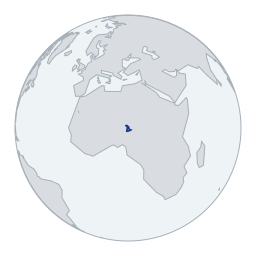 Extrême-Nord highlighted on a globe, orthographic projection, rotated 337°
{"feature_id": "CMR-1462", "entity_name": "Extrême-Nord", "entity_type": "Province", "adm_level": 1, "iso_a3": "CMR", "parent_name": "Cameroon", "parent_adm1": "", "projection": "orthographic", "projection_center": [14.611, 11.501], "detail": "fine", "context": "on_globe", "style": "filled", "palette": "blue", "viewbox_px": 256, "rotation_deg": 337, "n_neighbors": 0, "source": "natural_earth", "source_scale": "10m", "svg_char_len": 9164}
<svg xmlns="http://www.w3.org/2000/svg" viewBox="0 0 256 256"><g transform="rotate(337 128 128)"><circle cx="128" cy="128" r="113" fill="#eef3f6" stroke="#a8b0b8"/><path d="M92.5,21.1L89.5,22.2L89.9,22.1L87.3,23.1L89.9,22.3L92.2,21.5L94.1,20.9L94.6,20.9L91.3,22.0L90.6,22.2L89.9,22.6L88.1,23.2L89.3,22.9L85.3,24.4L89.9,23.0L87.2,24.4L84.4,25.4L83.9,25.1L76.2,28.0L73.2,29.6L69.4,31.8L64.1,35.9L61.1,38.0L57.7,40.9L59.6,39.6L63.1,36.9L65.9,35.7L69.7,32.9L71.5,32.2L75.7,29.8L75.9,30.4L73.8,32.5L70.2,34.7L69.2,35.8L73.2,34.2L67.3,39.1L64.6,44.0L62.9,45.5L58.5,46.9L56.8,45.4L51.1,48.7L55.6,47.0L51.5,51.2L51.2,52.3L51.9,52.5L53.8,51.2L52.5,52.9L47.6,54.8L48.7,53.3L50.2,52.6L49.4,52.0L46.0,54.0L44.2,56.3L41.1,57.8L39.7,59.5L38.3,61.1L40.7,58.0L36.4,63.7L32.4,68.4L26.5,79.2L27.6,76.9L31.5,69.9L35.8,63.2L40.6,56.9L45.9,50.9L51.6,45.3L57.6,40.1L64.0,35.3L70.7,31.0L77.7,27.2L85.0,23.9L92.5,21.1ZM16.7,110.5L16.7,110.9L17.5,107.0L18.2,105.6L17.0,112.0L18.4,106.8L18.1,110.5L20.4,112.6L19.9,113.9L21.6,123.5L25.4,129.0L26.3,134.3L25.7,137.0L27.4,138.6L27.5,140.5L36.3,146.5L42.3,152.9L43.1,159.6L40.0,166.0L41.8,181.0L37.6,183.9L39.6,189.8L41.6,197.2L38.6,195.0L42.6,200.0L43.6,201.9L42.5,201.2L45.1,204.2L44.4,203.5L46.8,206.1L47.5,206.8L42.0,200.7L36.9,194.2L32.3,187.4L28.2,180.2L24.6,172.7L22.4,167.2L20.7,162.4L20.6,161.9L18.3,153.6L16.7,145.1L15.7,136.4L15.4,127.8L15.7,119.1L16.7,110.5ZM24.7,83.1L22.4,90.2L22.1,89.6L22.5,88.9L23.4,86.2L24.0,84.8L24.7,83.1ZM27.4,77.8L27.6,77.0L27.6,77.3L27.4,77.8ZM75.3,29.6L75.5,29.7L74.6,30.1L75.3,29.6ZM77.0,28.6L75.9,29.0L76.5,28.6L77.2,28.3L77.0,28.6ZM78.3,28.2L77.8,27.8L78.9,27.1L82.5,25.7L78.3,28.2ZM92.7,21.2L90.3,22.1L91.9,21.4L92.7,21.2ZM102.9,18.2L103.2,18.1L100.8,18.7L98.2,19.4L100.5,18.9L93.3,20.9L94.5,20.5L102.9,18.2ZM95.0,20.7L98.4,19.5L98.8,19.7L97.6,19.9L95.0,20.7ZM106.0,17.5L103.5,18.1L103.4,18.1L106.0,17.5ZM97.1,20.2L98.9,19.8L97.8,20.3L95.1,20.8L97.1,20.2ZM99.1,19.3L100.7,18.8L99.9,19.1L99.1,19.3ZM94.7,22.4L94.8,22.0L96.5,21.5L94.7,22.4ZM99.7,19.7L100.1,19.5L100.7,19.3L101.7,19.2L99.7,19.7ZM104.8,17.8L106.8,17.4L107.8,17.3L104.5,18.0L106.4,17.7L106.7,17.7L103.6,18.3L104.8,17.8ZM104.7,18.6L100.8,19.8L100.3,20.5L98.8,21.0L99.8,19.7L104.7,18.6ZM104.3,18.3L104.2,18.5L102.3,18.9L101.3,19.0L104.3,18.3ZM109.8,17.0L109.0,17.0L109.7,16.9L109.8,17.0ZM104.9,18.7L105.8,18.4L105.1,18.7L104.9,18.7ZM108.7,17.4L108.3,17.4L109.2,17.2L108.7,17.4ZM108.0,18.0L106.8,18.3L106.0,18.3L108.0,18.0ZM108.6,17.6L109.9,17.4L106.5,18.1L108.3,17.6L108.6,17.6ZM109.6,17.3L110.0,17.1L109.6,17.3L109.6,17.3ZM111.6,17.9L107.5,18.8L105.8,18.7L110.1,17.9L111.6,17.9ZM60.5,218.2L60.3,218.0L61.3,218.7L61.6,219.0L61.1,218.6L60.5,218.2ZM232.6,86.3L232.4,85.7L234.0,90.2L236.1,96.3L239.0,108.6L239.4,111.3L239.0,108.8L237.2,104.1L238.7,112.4L240.1,118.0L240.6,125.7L240.3,123.9L239.6,117.3L238.9,115.5L237.8,108.3L234.9,98.6L234.5,101.4L233.3,97.3L229.1,90.0L227.9,93.9L226.7,106.6L228.6,117.4L227.3,122.8L220.7,108.7L217.0,98.9L215.1,100.4L207.9,93.2L196.9,94.9L194.9,92.5L192.9,94.2L187.8,92.3L184.6,88.4L181.7,89.1L190.2,99.4L193.2,98.7L195.2,93.9L197.0,97.8L201.9,100.7L198.1,111.6L181.1,123.0L178.7,115.1L162.0,94.7L162.1,92.2L161.8,91.5L161.0,95.6L157.9,91.6L167.6,105.9L169.5,112.4L180.8,123.6L180.0,124.9L183.4,127.1L193.5,122.7L193.7,125.4L189.4,138.6L174.7,157.4L176.3,168.5L174.6,178.1L164.6,185.2L164.6,192.3L159.3,195.2L158.4,199.2L153.7,203.6L146.1,207.9L134.1,208.5L134.0,205.0L129.0,198.3L122.4,181.2L126.1,173.0L125.3,166.6L116.6,152.5L118.6,144.4L116.1,141.1L111.0,141.9L108.0,137.9L104.9,137.8L84.9,140.3L78.4,134.8L69.9,118.3L73.2,112.0L73.3,104.6L95.9,80.6L101.4,82.0L120.0,78.8L122.5,79.7L121.0,85.2L135.6,91.7L139.4,86.9L151.9,90.0L159.7,89.4L161.2,78.9L148.4,79.7L145.4,74.8L155.1,69.9L166.2,69.8L165.4,68.0L157.8,64.3L159.7,60.8L155.1,62.8L157.4,64.5L154.6,66.0L152.3,64.5L153.0,63.3L149.5,62.7L146.7,69.4L148.8,71.9L140.0,73.6L142.6,78.1L140.4,80.4L135.2,73.8L135.2,71.2L126.0,64.6L125.1,67.3L133.8,73.9L131.4,73.5L130.3,77.8L129.2,74.2L120.0,66.8L111.6,68.7L102.0,79.3L96.8,80.3L92.1,78.3L94.5,67.7L105.7,66.8L106.7,63.6L103.5,59.1L107.2,59.4L107.3,57.6L111.4,57.3L116.4,53.0L120.4,52.5L121.5,47.4L123.8,46.6L122.5,49.8L123.8,51.9L133.8,51.2L135.5,50.1L135.4,47.0L138.1,47.5L136.8,44.6L142.1,43.2L134.4,42.6L134.1,39.5L136.9,37.2L135.4,36.2L130.9,40.1L130.4,41.9L132.1,43.5L129.4,48.9L126.1,49.9L123.8,44.3L118.9,45.4L119.2,41.0L131.1,32.1L136.5,30.6L147.2,33.8L146.5,35.5L142.2,35.1L146.9,38.1L146.2,36.6L148.5,37.1L148.7,34.7L150.4,35.1L147.9,32.4L149.9,32.6L151.5,34.2L153.6,31.3L157.6,31.3L157.3,30.6L155.9,29.8L162.0,30.5L161.5,30.0L159.3,29.5L156.9,28.1L155.0,26.1L157.2,26.5L158.2,27.3L163.6,29.6L165.8,31.9L166.5,31.9L165.1,30.0L158.6,27.1L156.8,25.8L160.1,27.0L158.7,26.5L158.6,26.0L160.4,25.9L156.9,24.7L152.0,20.2L155.2,20.1L158.6,21.3L157.5,19.7L161.1,20.5L159.1,19.9L157.2,19.2L156.0,18.9L154.9,18.7L153.7,18.3L161.8,20.5L169.6,23.3L177.2,26.7L184.6,30.6L191.6,35.0L198.3,40.0L204.6,45.4L210.5,51.3L215.9,57.6L220.9,64.3L225.4,71.3L229.3,78.7L232.6,86.3ZM89.0,92.8L88.6,95.0L89.0,92.8ZM178.7,75.3L184.8,75.1L180.8,69.1L182.8,68.6L180.7,66.9L180.5,68.7L175.1,64.0L177.3,62.0L175.9,59.5L173.7,59.5L170.6,64.0L178.3,70.6L177.4,73.3L178.7,75.3ZM20.5,112.6L20.6,114.1L20.1,113.8L20.5,112.6ZM21.3,92.0L21.2,92.6L20.8,93.8L20.7,93.8L21.3,92.0ZM22.3,96.0L22.6,97.1L21.9,97.0L22.3,96.0ZM22.2,91.2L22.1,95.4L20.9,96.1L21.1,93.6L21.4,93.8L22.2,91.2ZM25.7,81.0L25.4,81.7L25.0,82.8L25.7,81.0ZM27.3,78.0L27.8,77.0L27.3,78.0ZM51.8,51.1L52.2,51.0L52.5,51.6L51.6,52.0L51.8,51.1ZM58.6,50.8L56.5,53.6L57.4,51.7L55.7,52.7L55.4,50.2L62.1,46.1L59.1,48.3L58.6,50.8ZM56.9,46.3L56.3,48.0L56.7,46.3L56.9,46.3ZM103.7,49.3L105.4,50.3L104.2,52.3L99.0,53.9L100.7,50.9L103.7,49.3ZM108.0,51.3L107.1,45.8L110.3,44.9L108.6,46.3L110.8,46.2L108.8,48.5L112.7,53.4L112.0,55.5L102.9,56.7L106.3,55.0L104.4,54.0L108.0,51.3ZM99.1,36.3L98.8,34.7L106.1,34.6L105.6,36.2L100.4,37.6L98.0,36.7L99.1,36.3ZM84.8,26.1L84.2,26.1L85.1,25.7L86.3,25.4L84.8,26.1ZM94.6,22.3L88.4,26.0L87.4,26.1L85.0,28.6L81.3,29.9L83.0,28.1L78.4,31.2L78.5,30.2L75.7,32.3L79.8,28.3L79.7,27.8L81.2,27.8L84.6,26.6L86.0,25.9L89.9,23.7L91.2,22.3L94.8,21.1L96.9,20.7L97.1,20.9L94.7,21.5L96.7,21.3L93.5,22.3L94.6,22.3ZM119.7,20.8L116.9,20.7L120.3,21.9L117.1,22.4L117.7,22.5L115.6,23.4L114.2,24.7L112.6,24.8L112.7,25.3L111.3,26.0L111.0,26.8L108.0,27.3L107.3,28.4L106.3,28.1L105.9,29.8L104.9,28.8L103.0,29.9L105.0,30.3L89.9,33.0L84.4,35.5L80.4,38.3L79.2,36.6L82.2,33.1L87.3,29.4L92.8,27.5L91.3,27.3L93.5,26.4L93.8,26.9L94.6,25.6L96.5,25.1L101.0,22.8L101.1,21.5L102.7,20.8L103.7,21.0L104.7,20.2L107.6,20.2L108.8,19.8L112.9,19.5L114.0,20.5L115.3,19.9L118.5,19.9L119.7,20.8ZM112.7,17.8L114.7,18.5L113.9,19.2L107.1,19.4L105.6,19.8L101.2,20.3L102.4,19.4L103.6,19.3L105.0,19.0L104.0,19.4L105.8,18.9L107.5,18.8L109.3,18.5L109.5,18.7L112.7,17.8ZM124.8,77.5L126.7,77.7L129.4,77.3L128.8,80.2L124.8,77.5ZM118.4,72.5L120.0,72.1L120.5,75.6L118.6,75.6L118.4,72.5ZM120.5,69.1L120.1,71.8L119.2,70.3L120.5,69.1ZM123.9,49.3L125.5,48.9L125.9,49.6L125.1,50.7L123.9,49.3ZM129.1,25.7L127.6,25.2L128.0,24.9L126.5,23.4L128.8,23.2L130.6,23.9L129.1,25.7ZM159.2,80.8L157.2,82.9L155.9,82.0L156.9,81.5L159.2,80.8ZM142.4,81.6L146.5,82.7L142.2,82.4L142.4,81.6ZM131.4,25.1L130.5,24.5L132.2,24.7L131.4,25.1ZM130.4,22.9L132.3,23.1L128.9,23.0L130.4,22.9ZM188.5,219.5L188.2,220.4L186.9,220.8L188.5,219.5ZM191.7,174.6L182.9,191.7L178.2,192.4L178.0,187.7L181.8,177.5L187.5,174.0L190.5,169.1L191.7,174.6ZM240.3,136.8L240.3,134.6L238.6,121.1L239.3,120.7L240.6,128.1L240.6,129.8L240.6,131.0L240.3,136.8ZM229.0,118.3L231.0,124.2L230.1,125.7L229.0,118.3ZM234.2,90.5L234.0,89.9L234.2,90.5ZM149.6,24.0L149.1,26.1L150.3,28.0L153.3,29.2L148.9,28.6L147.0,25.7L149.6,24.0ZM151.5,20.5L148.8,19.7L150.0,19.7L150.8,19.9L151.5,20.5ZM149.8,20.3L146.4,20.1L144.9,19.4L147.9,19.7L149.8,20.3ZM138.9,22.0L138.6,22.6L137.3,22.3L138.9,22.0ZM154.3,18.5L152.9,18.2L153.3,18.2L154.3,18.5ZM149.0,17.3L149.6,17.5L148.1,17.2L149.0,17.3ZM151.0,18.0L149.4,17.5L152.2,18.2L151.0,18.0Z" fill="#d9dde1" stroke="#a8b0b8" stroke-width="1"/><path d="M127.8,125.1L127.8,125.3L127.9,125.5L128.0,125.5L128.3,125.7L128.3,125.8L128.5,126.0L128.6,126.4L128.6,126.5L128.6,126.8L128.8,126.8L128.9,127.0L128.8,127.3L129.0,127.4L129.0,127.5L128.9,127.5L128.9,127.8L129.0,127.9L129.0,128.0L128.9,128.1L128.9,128.3L128.8,128.5L128.8,128.8L128.8,129.0L128.9,129.3L129.0,129.7L129.0,129.8L129.1,130.0L129.3,130.2L129.3,130.3L129.6,130.6L129.8,130.8L130.0,130.9L130.1,131.0L129.6,131.1L129.2,131.0L128.9,131.0L128.6,131.0L128.3,131.1L128.2,131.1L127.7,131.0L127.2,131.0L127.2,130.9L126.9,130.8L126.9,130.7L126.7,130.6L126.4,130.5L126.2,130.5L126.0,130.8L125.9,130.8L125.7,130.8L125.6,130.7L125.8,130.6L125.7,130.5L125.8,130.3L125.9,130.0L125.9,129.7L126.0,129.6L126.3,129.1L126.4,128.9L126.5,128.8L126.5,128.7L126.8,128.4L126.9,128.5L127.1,128.5L127.3,128.4L127.5,128.2L127.8,128.1L128.0,128.0L128.0,127.9L128.0,127.7L127.9,127.6L128.0,127.4L128.0,127.2L128.0,126.9L128.1,126.7L127.9,126.6L127.8,126.4L127.6,126.3L127.2,126.3L127.2,126.2L127.2,125.9L127.1,125.4L127.0,124.9L127.6,124.9L127.8,125.1Z" fill="#3b82f6" stroke="#1e3a8a" stroke-width="1.5"/></g></svg>